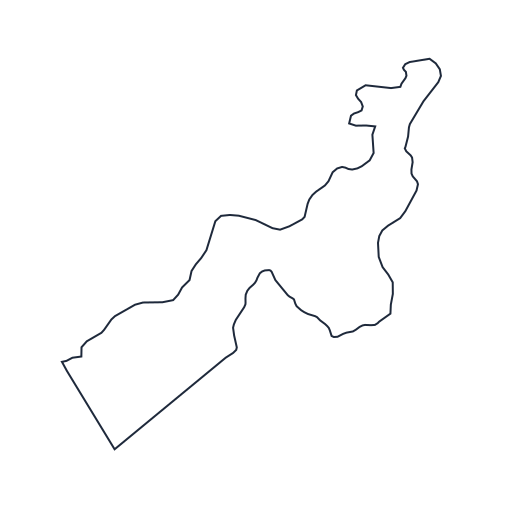 the District of Chitipa, rotated 83°
{"feature_id": "MWI-1873", "entity_name": "Chitipa", "entity_type": "District", "adm_level": 1, "iso_a3": "MWI", "parent_name": "Malawi", "parent_adm1": "", "projection": "albers", "projection_center": [33.389, -9.977], "detail": "fine", "context": "isolated", "style": "outline", "palette": "slate", "viewbox_px": 512, "rotation_deg": 83, "n_neighbors": 0, "source": "natural_earth", "source_scale": "10m", "svg_char_len": 2113}
<svg xmlns="http://www.w3.org/2000/svg" viewBox="0 0 512 512"><g transform="rotate(83 256 256)"><path d="M87.1,87.2L83.8,84.5L82.2,79.8L81.4,59.7L86.7,54.1L93.1,50.8L99.8,50.5L105.7,53.9L122.8,70.9L143.8,87.2L146.9,88.5L156.0,90.5L166.0,94.4L167.3,95.2L170.4,94.1L175.0,90.2L177.3,89.1L182.0,89.1L189.1,91.2L193.2,91.6L196.1,90.7L201.5,87.1L204.5,86.5L210.6,88.7L229.7,102.3L236.0,108.3L241.9,121.1L246.0,127.5L251.2,131.2L257.8,133.3L271.9,134.3L282.5,131.7L290.5,127.0L298.8,123.5L310.3,124.8L320.7,128.1L329.6,129.6L336.2,141.8L337.5,143.4L338.9,146.4L338.7,150.2L337.7,156.2L337.9,158.7L339.0,161.8L341.3,165.8L342.7,169.0L343.1,175.5L343.9,179.0L346.1,184.9L345.9,188.6L344.6,190.7L338.8,191.8L336.3,192.5L334.3,193.8L332.0,195.7L327.7,200.2L324.1,202.9L322.9,204.7L319.9,211.5L317.6,215.0L315.3,217.8L310.8,221.8L308.0,222.8L303.7,223.6L302.5,224.8L300.4,227.7L298.7,229.3L282.3,239.7L273.6,242.4L272.2,243.4L271.6,244.7L271.4,249.0L272.1,251.8L273.6,254.3L277.7,257.2L280.2,258.5L282.4,260.2L284.1,262.2L286.9,266.3L289.4,268.8L293.1,270.9L296.7,271.6L301.3,272.1L302.7,272.4L305.4,274.0L316.9,283.8L321.2,286.3L324.4,287.5L332.2,287.4L344.4,286.2L346.8,287.1L349.4,290.5L353.2,298.4L430.6,419.9L347.0,457.7L337.4,461.5L337.3,460.3L337.0,456.9L334.6,450.6L334.5,441.6L325.3,440.3L320.0,434.3L313.4,418.8L310.8,415.8L301.4,407.3L298.5,403.3L289.6,382.0L288.4,373.8L290.5,354.5L289.7,343.6L284.9,338.0L278.2,333.2L271.8,324.9L263.0,321.8L256.9,316.7L251.3,310.6L244.2,304.5L216.5,292.1L211.9,285.8L212.1,276.9L213.9,268.2L220.3,251.9L230.4,236.2L232.8,228.9L230.6,219.3L225.3,205.7L223.1,203.0L210.5,198.4L206.4,196.2L202.3,192.5L199.4,188.4L194.4,179.0L190.7,175.0L182.2,169.7L179.0,164.8L178.1,159.7L179.2,156.5L180.9,153.7L181.9,150.0L181.4,144.7L179.8,140.1L174.9,131.5L168.1,126.7L149.8,125.7L141.9,121.9L139.9,130.8L138.8,141.0L135.8,147.4L128.3,144.6L126.5,141.3L125.7,137.2L124.4,133.5L120.6,131.8L116.0,132.9L112.3,135.5L108.5,137.2L104.0,135.7L99.9,126.4L105.8,101.5L105.7,92.1L102.7,90.6L97.7,86.0L95.4,84.7L91.5,84.8L89.2,86.5L87.1,87.2Z" fill="none" stroke="#1e293b" stroke-width="2"/></g></svg>